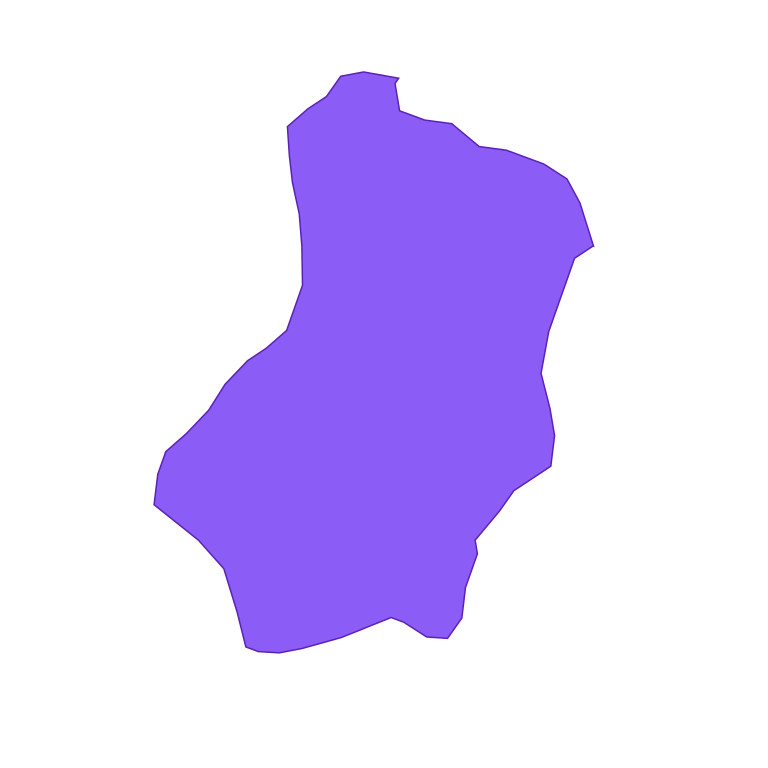 Phihyon, P'yŏngan-bukto, North Korea (Equal Earth projection), rotated 109°
{"feature_id": "82179303B32066025180418", "entity_name": "Phihyon", "entity_type": "district", "adm_level": 2, "iso_a3": "PRK", "parent_name": "North Korea", "parent_adm1": "P'yŏngan-bukto", "projection": "equal_earth", "projection_center": [124.575, 40.048], "detail": "fine", "context": "isolated", "style": "filled", "palette": "violet", "viewbox_px": 768, "rotation_deg": 109, "n_neighbors": 0, "source": "geoboundaries", "source_scale": "gbopen_adm2", "svg_char_len": 888}
<svg xmlns="http://www.w3.org/2000/svg" viewBox="0 0 768 768"><g transform="rotate(109 384 384)"><path d="M514.1,240.4L502.0,247.0L466.4,233.4L442.6,226.5L407.4,199.5L377.3,205.9L353.1,219.1L322.8,239.0L280.8,245.3L244.9,245.1L227.0,244.9L203.1,244.8L185.4,231.2L185.4,230.8L149.0,257.7L130.6,277.7L124.0,304.4L123.1,344.5L128.5,371.3L115.8,404.7L121.2,431.5L120.6,458.2L96.3,471.4L90.1,469.7L95.6,504.9L107.1,525.1L130.9,532.0L148.5,545.5L172.1,559.1L199.0,547.8L223.4,536.1L250.8,519.5L281.0,506.3L317.2,493.2L365.1,493.5L388.7,507.1L406.4,520.6L436.0,534.2L465.8,541.2L495.4,554.8L519.0,568.3L543.0,568.5L573.0,562.1L592.1,508.6L610.8,475.3L647.2,448.8L677.6,429.0L677.9,415.6L672.3,395.5L660.7,375.3L637.5,341.7L620.0,321.5L602.5,301.3L602.8,287.9L609.3,261.2L603.8,241.1L580.0,234.2L550.0,240.7L526.1,240.5L514.1,240.4Z" fill="#8b5cf6" stroke="#5b21b6" stroke-width="1.5"/></g></svg>